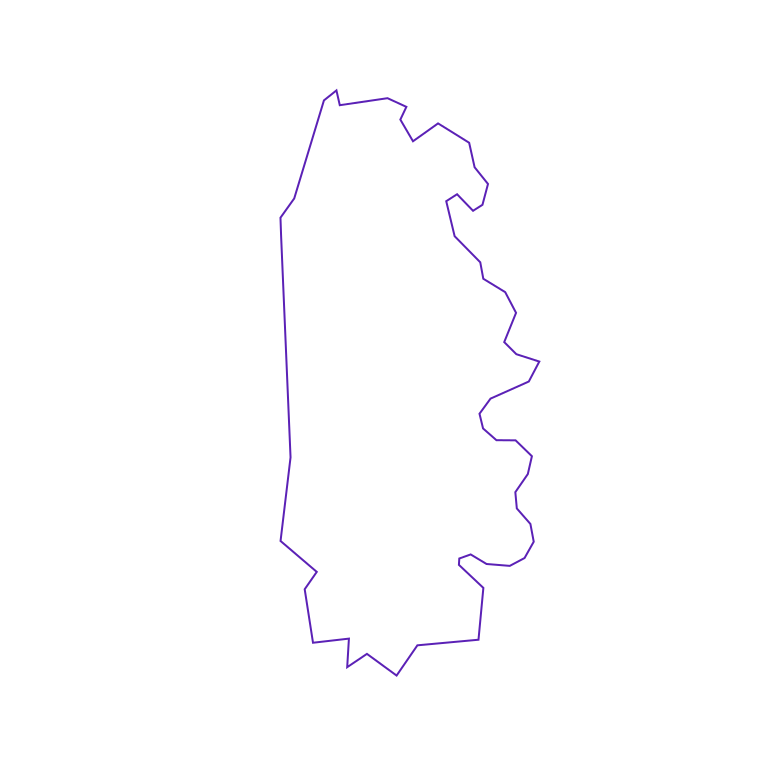 Rhea, Tennessee, United States of America, rotated 321°
{"feature_id": "52423323B57247601892980", "entity_name": "Rhea", "entity_type": "district", "adm_level": 2, "iso_a3": "USA", "parent_name": "United States of America", "parent_adm1": "Tennessee", "projection": "natural_earth1", "projection_center": [-84.888, 35.617], "detail": "fine", "context": "isolated", "style": "outline", "palette": "violet", "viewbox_px": 768, "rotation_deg": 321, "n_neighbors": 0, "source": "geoboundaries", "source_scale": "gbopen_adm2", "svg_char_len": 850}
<svg xmlns="http://www.w3.org/2000/svg" viewBox="0 0 768 768"><g transform="rotate(321 384 384)"><path d="M296.5,642.2L332.9,605.0L328.4,571.7L332.7,567.0L344.1,571.0L350.4,588.4L367.3,604.5L383.7,607.7L401.1,600.8L409.7,584.9L408.9,564.3L418.0,550.7L439.1,544.5L453.5,533.2L450.8,510.6L436.0,498.4L433.0,480.9L439.5,467.2L457.6,462.4L498.1,473.2L518.8,464.3L505.6,444.1L503.8,427.1L531.4,411.8L536.0,388.9L527.4,364.7L535.4,350.0L531.9,313.6L547.4,281.1L560.2,282.5L562.2,305.4L573.3,306.7L590.7,294.0L590.8,272.6L602.0,250.1L590.0,215.5L559.3,213.6L563.1,188.8L575.8,182.7L566.6,164.1L525.1,139.5L531.8,125.9L515.8,125.8L431.0,183.3L408.2,189.6L397.2,204.2L265.2,382.2L204.8,440.9L213.5,487.7L193.2,493.6L166.0,540.4L196.5,559.8L177.2,580.9L200.9,583.0L210.3,618.5L245.5,608.1L296.5,642.2Z" fill="none" stroke="#5b21b6" stroke-width="2"/></g></svg>